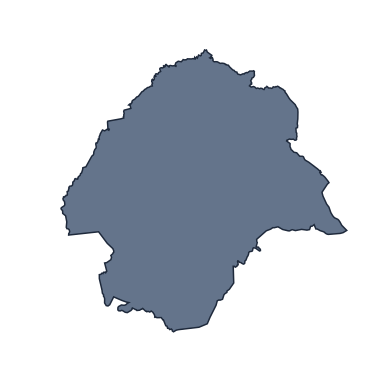 Peribán, Michoacán, Mexico, rotated 338°
{"feature_id": "50627088B26915402792387", "entity_name": "Peribán", "entity_type": "district", "adm_level": 2, "iso_a3": "MEX", "parent_name": "Mexico", "parent_adm1": "Michoacán", "projection": "equal_earth", "projection_center": [-102.46, 19.494], "detail": "fine", "context": "isolated", "style": "filled", "palette": "slate", "viewbox_px": 384, "rotation_deg": 338, "n_neighbors": 0, "source": "geoboundaries", "source_scale": "gbopen_adm2", "svg_char_len": 5928}
<svg xmlns="http://www.w3.org/2000/svg" viewBox="0 0 384 384"><g transform="rotate(338 192 192)"><path d="M95.4,279.8L96.2,280.2L96.5,281.2L99.2,282.0L101.2,281.6L101.6,281.9L102.7,281.5L104.3,285.1L104.9,285.3L105.2,286.1L106.6,286.2L107.9,287.5L109.6,287.1L110.8,289.1L110.8,290.2L111.2,291.4L110.9,293.5L110.5,294.1L110.7,294.4L111.5,294.3L112.4,295.4L116.4,296.9L117.2,299.9L117.6,299.9L117.6,306.2L118.6,307.1L118.3,309.2L119.4,309.7L119.8,311.2L121.5,311.3L121.9,312.1L121.7,313.5L122.5,314.7L125.6,314.2L128.0,314.6L147.8,320.0L156.8,319.9L161.9,314.8L171.9,306.0L174.7,302.3L176.6,302.2L177.4,302.8L180.1,302.9L183.2,299.2L184.5,298.6L186.7,298.2L187.4,296.9L190.2,296.2L196.6,292.0L202.4,276.3L203.5,276.8L203.9,277.9L205.8,277.7L206.6,276.8L207.5,276.8L208.0,275.2L208.1,273.7L208.7,273.0L209.1,273.3L209.8,275.1L211.0,275.8L211.4,276.7L212.6,278.1L213.7,278.1L214.2,277.8L215.2,275.8L216.5,275.4L218.8,272.9L220.0,272.1L221.4,270.5L221.8,269.5L222.9,268.9L225.3,269.4L226.0,269.2L227.6,266.9L228.1,266.8L229.8,267.8L232.5,272.0L233.5,272.0L233.9,270.7L233.1,269.1L233.0,268.1L231.2,267.1L231.1,266.6L233.6,263.3L233.5,262.3L234.2,260.1L246.4,255.8L251.1,255.9L253.6,255.3L254.7,255.9L258.7,256.5L262.0,260.7L266.6,264.0L267.9,264.6L270.7,264.4L273.4,266.5L279.6,267.7L284.3,270.4L286.9,270.9L289.1,268.3L290.7,268.7L293.0,268.0L293.0,272.7L294.2,273.2L296.4,275.9L298.7,277.8L299.8,279.0L300.2,280.2L301.5,281.7L302.6,282.4L313.8,285.9L316.9,286.3L321.1,285.6L318.4,279.1L317.9,274.9L317.4,272.9L316.9,271.9L314.4,269.2L313.5,266.6L313.0,263.1L313.3,257.3L312.3,253.6L311.9,244.9L312.2,242.2L312.5,240.9L320.5,235.4L322.5,234.7L322.3,233.4L320.8,228.1L320.0,226.4L319.0,224.7L318.3,224.6L317.8,221.7L318.2,221.5L319.0,221.9L318.9,220.3L318.3,220.2L317.1,217.7L311.4,208.1L309.0,205.0L308.6,203.8L308.5,201.1L308.0,200.4L305.2,199.1L303.8,194.9L301.3,193.2L300.4,190.8L299.7,189.7L299.9,188.9L299.9,186.6L301.1,183.8L298.8,180.1L299.2,179.6L299.8,180.0L300.3,179.5L302.2,179.4L303.5,180.3L305.8,181.0L306.8,182.6L308.0,182.8L308.8,182.3L309.0,181.2L310.1,179.9L310.5,178.1L311.2,176.7L310.9,175.9L312.0,172.5L312.3,171.8L313.9,171.8L314.9,169.8L315.1,168.3L317.5,163.8L320.2,157.5L321.1,154.6L320.6,152.1L320.4,149.6L317.7,143.4L317.2,141.6L316.2,135.7L315.9,135.4L315.7,133.8L316.0,133.4L316.0,133.0L315.7,132.9L314.8,130.9L313.4,129.3L313.2,128.7L312.3,128.2L312.0,127.1L311.0,126.0L309.8,126.1L309.3,125.7L308.3,125.9L306.7,124.9L305.7,125.7L304.6,125.7L303.6,124.9L301.8,124.2L301.6,123.2L301.0,122.2L300.7,122.5L298.6,122.7L297.3,124.0L296.6,123.6L295.7,122.2L294.5,121.5L293.4,121.6L291.9,120.2L290.4,120.1L289.5,118.2L288.5,117.2L286.2,116.9L285.0,115.1L285.5,114.7L287.6,114.3L287.5,113.4L288.2,113.3L288.1,110.8L289.5,109.9L290.1,108.9L291.9,108.7L293.5,107.5L294.4,104.7L295.0,103.6L294.6,102.7L293.7,102.7L290.9,101.5L288.1,102.2L287.2,101.6L285.1,101.7L284.7,102.1L283.5,101.5L281.0,101.6L278.7,99.9L278.4,98.4L278.6,97.8L277.0,96.5L276.5,94.9L275.6,94.2L273.8,90.3L273.2,88.0L272.2,87.5L271.6,86.8L271.3,86.8L270.9,86.4L271.1,86.2L270.0,84.9L268.1,83.8L266.3,83.3L264.4,80.9L263.0,80.1L261.4,79.6L261.0,79.1L260.6,77.9L261.2,76.9L261.2,75.0L260.7,75.0L260.5,74.3L260.2,74.2L259.8,75.1L259.4,75.2L258.7,74.3L259.4,74.2L261.6,72.7L258.6,68.0L258.6,65.8L257.8,65.9L256.9,65.0L254.6,67.2L252.6,67.0L251.7,68.8L251.0,69.0L249.4,67.5L247.2,69.8L246.8,68.5L245.1,69.7L244.9,68.2L243.9,69.4L242.6,68.6L241.5,68.5L237.6,66.8L236.3,67.2L234.5,66.7L233.4,65.9L232.5,66.5L230.8,67.2L228.2,65.6L225.4,66.2L224.0,67.8L224.5,69.2L224.1,69.5L223.1,68.3L221.2,67.8L219.2,66.5L218.0,66.5L217.8,67.4L217.4,67.3L215.7,64.0L215.2,64.1L214.9,64.8L213.9,65.7L213.5,65.6L213.5,64.6L213.2,64.3L212.8,64.4L212.6,65.8L211.0,65.9L210.2,65.3L209.1,65.2L208.5,65.4L208.1,66.1L208.1,68.5L205.8,68.8L204.5,69.9L203.2,69.0L202.4,69.0L201.8,70.0L201.8,71.2L201.0,71.2L200.6,70.4L199.7,71.5L199.5,72.9L199.0,73.5L198.0,73.9L197.6,72.7L196.8,73.0L196.0,74.6L196.2,76.0L196.0,76.6L195.2,77.0L194.9,78.8L193.3,78.4L191.4,78.8L189.8,78.5L188.0,79.1L186.6,79.2L184.6,80.2L183.1,80.3L178.1,83.2L176.3,83.2L173.5,84.6L172.3,84.6L171.0,85.0L170.4,85.4L169.8,86.7L169.2,86.8L168.3,87.5L167.7,87.6L167.5,87.1L167.2,87.1L165.9,87.6L167.1,88.4L166.6,91.6L159.8,90.7L158.9,91.6L158.5,93.9L157.8,94.6L156.9,96.7L156.5,96.7L156.4,97.8L153.4,97.5L140.5,94.8L139.9,95.4L137.9,101.4L138.8,102.8L138.0,103.6L136.8,102.0L134.0,102.6L132.2,101.0L128.5,103.9L128.3,104.4L126.8,105.8L125.9,107.7L125.8,108.4L125.5,108.5L125.0,107.9L123.4,110.2L122.2,110.7L122.1,111.0L121.5,110.6L120.8,111.3L120.1,114.3L119.5,115.3L117.7,116.3L115.9,118.2L115.2,119.8L114.3,120.7L113.0,121.0L111.7,121.9L103.1,128.9L99.9,128.6L98.8,130.5L96.7,133.0L95.6,133.2L94.4,134.7L92.3,135.3L91.8,136.3L91.0,136.3L90.7,137.2L89.5,136.6L88.9,135.9L88.4,135.9L87.0,137.5L85.2,138.2L84.5,139.8L83.6,141.0L82.4,141.3L81.1,140.8L79.7,141.4L79.5,141.7L79.5,142.4L78.8,142.9L77.8,144.7L76.4,144.8L75.6,147.5L75.2,148.1L74.0,147.9L73.5,148.4L72.4,148.5L72.0,148.9L71.1,148.4L70.7,149.1L70.0,149.6L69.6,151.0L70.2,153.2L69.5,155.7L69.1,156.4L68.4,156.9L65.0,157.6L64.4,158.2L64.3,159.0L65.0,160.9L64.1,163.4L65.9,166.7L64.7,172.8L62.2,177.6L62.3,179.2L63.2,179.6L64.0,180.8L63.8,182.7L63.1,183.7L62.1,184.4L61.5,185.7L90.5,193.9L94.2,207.9L97.4,214.8L97.4,217.2L96.8,218.6L96.2,218.7L95.5,219.5L93.0,220.4L93.0,222.3L91.4,224.4L86.5,225.5L84.4,225.1L83.3,233.5L82.3,233.7L82.0,234.5L81.6,234.6L80.7,233.5L79.9,233.3L78.9,234.3L78.1,233.5L76.6,234.2L75.1,233.9L73.6,237.7L71.8,249.3L71.0,252.3L71.5,254.2L70.9,255.5L71.2,256.7L71.0,258.3L69.4,262.1L69.9,265.2L71.4,266.2L73.5,265.7L80.1,259.9L86.3,266.2L90.1,269.6L92.0,270.8L90.1,271.1L88.3,271.8L86.6,271.6L84.2,270.3L80.9,270.7L79.9,271.6L79.1,273.6L79.5,274.6L80.9,275.4L82.4,275.4L83.3,276.1L85.0,278.5L86.8,279.6L91.0,279.0L92.5,278.3L92.7,277.6L93.2,277.2L95.1,279.2L95.4,279.8Z" fill="#64748b" stroke="#1e293b" stroke-width="1.5"/></g></svg>